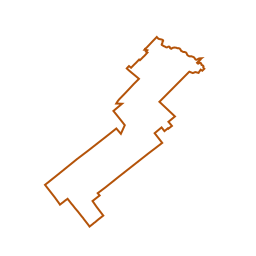 outline of Contesti, Teleorman, Romania, rotated 142°
{"feature_id": "2599482B71903037173663", "entity_name": "Contesti", "entity_type": "district", "adm_level": 2, "iso_a3": "ROU", "parent_name": "Romania", "parent_adm1": "Teleorman", "projection": "robinson", "projection_center": [25.518, 43.808], "detail": "fine", "context": "isolated", "style": "outline", "palette": "amber", "viewbox_px": 256, "rotation_deg": 142, "n_neighbors": 0, "source": "geoboundaries", "source_scale": "gbopen_adm2", "svg_char_len": 3813}
<svg xmlns="http://www.w3.org/2000/svg" viewBox="0 0 256 256"><g transform="rotate(142 128 128)"><path d="M228.4,134.3L228.4,121.7L228.4,121.1L228.4,119.7L228.4,118.5L228.4,118.0L228.5,116.5L228.5,115.3L228.6,113.4L228.6,112.1L228.7,111.1L228.7,110.5L228.8,109.5L227.3,109.5L225.3,109.5L224.5,109.4L223.7,109.5L223.2,109.5L221.5,109.5L220.2,109.4L219.2,109.4L219.2,107.5L219.2,106.7L219.2,105.3L219.2,104.0L219.2,102.8L219.1,101.4L219.1,100.6L219.1,99.8L219.1,99.1L219.1,98.0L219.1,96.9L219.0,95.6L219.0,95.0L219.0,94.4L218.9,93.5L218.9,92.5L218.9,92.1L218.9,91.7L218.9,91.1L218.9,88.9L218.9,86.7L218.8,84.9L218.9,83.4L218.9,81.0L218.9,80.3L218.9,79.0L218.9,77.3L218.9,75.7L219.0,74.0L217.1,74.0L216.0,74.0L214.8,74.0L213.5,74.1L211.7,74.0L210.4,74.1L210.2,74.1L207.7,74.2L205.8,74.2L202.4,74.2L201.4,74.2L201.4,76.7L201.3,84.5L201.3,85.2L200.9,92.3L191.9,92.3L192.0,95.3L182.5,95.1L164.8,95.3L127.8,95.4L110.2,95.2L110.2,107.5L101.2,107.8L101.2,103.1L96.7,103.2L96.7,102.6L92.1,102.6L92.3,108.0L83.9,108.2L87.1,129.3L45.3,134.6L45.0,134.6L43.9,132.7L43.1,131.4L42.2,131.1L40.7,130.7L40.4,130.5L38.5,128.0L38.1,128.2L34.8,129.2L34.2,127.4L32.3,127.6L31.4,127.7L31.5,128.3L31.5,128.9L31.4,129.3L31.3,129.5L31.2,129.6L30.9,129.7L30.7,129.9L30.6,130.0L30.5,130.3L30.5,130.7L30.5,131.0L30.7,131.3L30.7,131.5L30.8,131.9L30.9,132.0L31.1,132.2L31.1,132.3L31.2,132.5L31.1,132.9L30.9,133.2L30.7,133.5L30.7,134.0L30.7,134.5L30.9,134.8L31.2,135.2L31.4,135.2L31.9,135.3L33.1,135.5L33.3,135.8L33.4,136.1L33.4,136.9L33.2,136.9L32.9,136.9L32.5,137.0L32.1,137.0L31.1,137.2L30.2,137.1L29.5,137.2L28.5,137.3L28.1,137.6L27.9,137.7L27.2,137.7L27.5,137.9L28.1,138.4L29.1,139.0L29.4,139.1L29.9,139.2L30.8,139.3L31.4,139.4L31.8,139.6L32.1,139.7L32.3,139.9L32.5,140.2L32.6,140.5L32.6,141.0L32.5,142.1L32.5,143.0L32.6,143.3L33.0,144.1L33.5,144.8L33.9,145.5L34.2,145.8L34.7,146.0L35.1,146.4L35.4,146.6L35.6,146.9L35.8,147.4L36.0,147.9L36.2,148.5L36.3,149.1L36.1,149.8L35.9,150.7L35.8,151.0L35.8,151.4L35.8,151.7L36.0,152.0L36.2,152.3L36.4,152.7L36.5,153.0L36.8,153.2L37.3,153.6L37.5,153.8L37.7,154.0L37.9,154.4L38.1,155.0L38.3,155.4L38.4,155.7L38.6,155.9L38.6,156.1L38.6,156.3L38.6,156.6L38.5,157.0L38.3,157.4L38.3,157.6L38.3,158.0L38.4,158.3L38.4,158.7L38.4,158.9L38.5,159.0L38.7,159.3L39.0,159.7L39.2,159.8L39.3,160.0L39.6,160.1L39.9,160.4L40.2,160.9L40.6,161.6L40.8,161.8L41.1,162.1L41.6,162.5L41.8,162.7L41.9,162.9L42.0,163.0L42.3,163.1L43.0,163.4L43.2,163.5L43.4,163.6L43.7,163.8L43.9,163.8L44.1,163.8L44.3,163.8L44.6,163.7L44.8,163.7L45.0,163.7L45.1,163.8L45.3,164.0L45.4,164.5L45.6,164.8L45.6,165.2L45.5,165.5L45.3,165.9L45.3,166.1L45.3,166.3L45.3,166.5L45.5,166.8L45.8,167.1L46.3,167.3L46.7,167.3L47.0,167.3L47.7,167.6L47.9,167.7L48.1,167.9L48.3,168.2L48.5,168.6L48.9,169.7L49.3,170.4L49.5,170.6L49.6,170.8L49.6,171.0L49.7,171.4L49.7,171.5L49.9,171.9L50.1,172.3L50.2,172.6L50.2,172.9L50.1,173.0L49.7,173.3L49.2,173.6L48.9,173.7L48.6,173.8L48.2,174.1L47.9,174.5L47.7,174.8L47.1,174.9L46.8,175.0L46.7,175.0L46.4,175.4L46.4,175.5L46.4,175.8L46.6,176.3L46.8,176.7L47.4,177.5L48.0,178.2L48.3,178.5L48.6,178.8L48.8,179.1L48.9,179.3L48.9,179.6L49.1,179.8L49.2,180.1L49.2,180.6L49.3,181.5L49.3,182.0L53.6,181.4L55.1,181.2L63.6,179.9L64.3,179.9L64.8,179.8L65.6,179.5L65.9,179.8L66.0,179.7L66.9,179.5L66.3,178.9L65.3,178.0L64.9,177.4L66.8,177.1L66.2,175.5L70.3,174.8L71.0,174.7L72.5,174.6L74.7,174.3L76.9,174.1L77.1,175.1L81.8,174.4L84.0,174.2L88.5,173.6L89.1,176.2L90.8,176.0L92.3,175.7L91.9,173.2L91.2,169.8L90.0,164.5L89.4,161.7L89.1,160.0L96.5,159.1L108.0,157.3L117.4,156.0L119.8,155.4L122.2,154.5L117.8,150.8L129.0,150.4L128.9,145.7L128.8,136.3L128.8,132.2L137.2,127.8L137.5,134.8L146.3,134.7L147.3,134.7L156.0,134.7L174.4,134.7L187.1,134.9L216.3,134.4L219.1,134.4L228.4,134.3Z" fill="none" stroke="#b45309" stroke-width="2"/></g></svg>